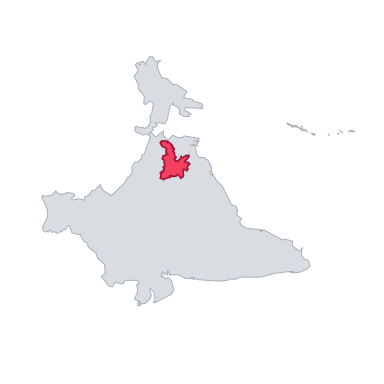 Jharkhand on a map of India (Natural Earth projection), rotated 283°
{"feature_id": "IND-3256", "entity_name": "Jharkhand", "entity_type": "State", "adm_level": 1, "iso_a3": "IND", "parent_name": "India", "parent_adm1": "", "projection": "natural_earth1", "projection_center": [85.779, 23.655], "detail": "fine", "context": "in_parent", "style": "filled", "palette": "rose", "viewbox_px": 384, "rotation_deg": 283, "n_neighbors": 0, "source": "natural_earth", "source_scale": "10m", "svg_char_len": 9200}
<svg xmlns="http://www.w3.org/2000/svg" viewBox="0 0 384 384"><g transform="rotate(283 192 192)"><path d="M69.2,164.6L74.0,163.6L74.6,160.0L83.2,161.5L89.1,159.0L90.9,160.8L93.7,159.2L90.8,146.3L87.6,145.9L86.3,143.9L86.9,137.8L81.6,135.5L82.0,131.6L89.6,122.5L92.7,125.7L101.8,123.1L106.0,115.1L110.8,112.3L115.0,103.2L118.6,101.6L119.5,98.1L125.8,92.0L124.8,90.5L125.3,84.1L131.8,80.1L131.1,78.5L126.6,77.3L126.5,74.6L124.0,74.5L123.6,72.2L121.2,70.2L122.5,67.0L121.2,64.9L123.5,62.6L120.7,61.3L121.3,59.7L119.9,58.2L121.4,55.4L124.2,54.3L135.7,57.0L143.0,54.6L153.0,46.9L155.0,47.1L154.7,49.4L157.1,55.9L162.3,59.0L160.3,61.9L160.8,67.1L163.4,70.4L164.0,77.2L161.5,78.6L159.8,76.2L157.2,77.0L159.9,82.7L159.9,89.1L162.9,88.3L166.0,92.4L171.4,94.5L171.7,96.7L178.5,100.8L173.4,105.2L170.5,114.3L185.3,124.1L192.2,126.0L192.6,127.6L197.3,129.1L204.0,127.9L208.3,129.8L208.9,132.4L213.6,135.4L216.3,134.5L218.2,136.9L236.7,139.1L238.1,135.6L236.6,131.5L237.9,123.3L241.5,121.8L243.4,122.7L243.0,127.6L244.2,129.7L242.9,131.1L246.4,134.7L251.5,135.9L256.4,134.0L259.7,135.2L270.3,134.3L270.9,129.9L266.8,127.2L267.1,125.2L274.7,124.0L280.5,116.4L284.7,115.4L291.8,109.5L298.2,112.2L303.5,108.1L306.2,110.1L304.3,111.8L304.5,113.4L306.9,112.1L308.2,115.0L305.8,118.6L308.5,118.1L314.6,120.5L314.8,123.4L311.0,126.9L313.0,131.7L309.9,129.5L305.3,130.2L296.6,136.9L296.7,142.6L292.2,149.9L293.4,152.6L288.7,164.4L281.9,162.5L282.3,172.0L280.6,173.0L280.6,181.1L278.6,183.5L277.0,182.1L275.8,183.6L272.8,166.4L270.1,166.4L267.6,173.5L266.0,171.3L265.0,172.3L263.7,167.4L265.3,162.3L269.6,161.2L271.5,159.1L272.5,154.3L274.5,153.7L270.9,151.4L257.4,151.5L252.3,150.1L252.1,143.6L250.8,140.8L249.8,142.9L248.3,142.9L245.3,138.8L243.7,140.4L239.9,137.3L240.5,139.2L237.5,144.1L244.8,150.5L240.7,151.2L237.0,156.9L243.0,160.4L241.7,166.5L243.0,170.7L244.8,171.4L245.9,186.9L244.3,186.0L243.3,187.6L242.4,182.2L241.9,186.9L239.4,185.9L238.0,187.1L238.6,182.0L236.4,179.6L238.3,182.2L236.5,185.2L229.3,188.5L227.3,191.1L228.3,196.5L226.4,200.4L223.2,203.5L222.1,203.1L221.8,204.7L216.4,206.7L215.8,204.7L213.6,206.1L213.0,207.7L215.2,207.4L209.5,212.4L203.8,220.8L188.8,232.9L187.9,238.3L183.7,240.6L179.6,240.6L176.9,246.4L174.1,245.0L171.0,246.9L168.9,253.3L171.0,269.3L169.7,267.0L168.9,268.1L171.3,270.5L165.6,291.2L166.9,292.3L166.8,301.1L162.2,301.8L159.0,308.7L159.7,311.1L163.0,312.5L159.3,311.7L154.5,313.4L152.5,315.5L151.3,320.6L146.6,323.7L142.7,321.3L138.3,315.4L136.3,309.9L135.7,305.1L137.5,309.0L136.6,305.2L131.3,290.7L124.7,278.6L120.1,259.1L116.5,253.3L115.6,247.4L114.2,246.9L111.4,239.3L107.9,217.3L109.1,213.5L108.8,212.2L107.6,214.0L107.3,212.9L107.5,210.7L109.0,210.9L107.3,210.0L106.3,205.3L108.5,196.8L106.3,189.8L107.3,188.8L106.2,188.8L110.6,185.9L105.7,186.5L107.1,183.7L105.6,183.7L105.9,181.8L108.1,181.1L102.8,180.7L103.5,182.5L101.4,185.2L103.2,188.2L101.1,191.9L92.6,196.2L88.0,195.1L75.5,180.5L76.3,179.0L78.1,180.5L85.9,177.6L88.7,172.4L81.6,175.7L78.0,174.8L73.0,171.4L71.3,167.5L74.4,164.7L69.7,167.3L69.2,164.6ZM278.0,288.9L276.4,285.5L278.6,282.0L279.1,270.6L280.8,268.7L279.3,274.8L280.3,278.8L279.2,279.9L278.0,288.9ZM287.8,332.2L287.9,337.1L286.4,334.4L287.8,332.2ZM276.2,298.8L275.0,298.9L274.9,296.8L276.2,295.3L276.2,298.8ZM283.9,324.3L283.8,325.7L283.5,324.4L283.9,324.3ZM285.2,322.3L284.8,324.2L284.9,322.2L285.2,322.3ZM286.7,330.4L286.2,331.9L285.8,331.3L286.7,330.4ZM278.9,312.7L278.1,312.8L278.5,312.0L278.9,312.7ZM277.8,289.6L276.9,290.4L277.3,289.2L277.8,289.6ZM280.5,283.9L280.9,285.3L280.0,284.2L280.5,283.9ZM281.8,322.0L281.2,321.7L281.5,321.0L281.8,322.0ZM278.0,274.7L277.6,276.2L277.8,274.6L278.0,274.7Z" fill="#d9dde1" stroke="#a8b0b8" stroke-width="1"/><path d="M197.5,161.8L197.7,161.1L198.1,160.5L198.2,160.0L198.5,159.5L198.4,159.4L198.1,158.8L198.0,158.4L198.0,158.2L198.4,157.9L199.2,157.8L200.5,158.1L201.0,158.1L201.3,157.8L201.5,157.7L201.8,157.8L202.6,157.7L202.8,157.4L203.0,157.2L203.2,156.8L203.3,156.7L203.5,156.9L203.7,157.5L204.0,158.3L204.3,158.4L204.4,158.0L204.5,158.1L204.6,158.4L204.8,158.2L204.8,157.9L205.0,157.9L205.4,158.0L205.5,157.8L205.8,158.1L205.8,158.4L205.7,158.6L206.2,159.3L206.8,159.7L206.9,160.0L207.2,160.1L207.5,160.1L207.6,159.9L207.7,159.6L207.9,159.4L208.1,159.2L208.3,159.3L208.6,159.4L208.9,158.8L209.8,158.2L210.0,158.2L210.1,158.3L210.1,158.8L210.4,158.7L210.5,158.8L210.6,159.4L210.8,159.6L211.2,159.7L211.4,159.6L211.7,159.4L212.2,159.2L212.3,159.2L212.3,159.3L212.2,159.7L212.3,159.7L212.9,159.2L212.9,158.9L213.0,158.8L213.8,158.5L213.9,158.3L214.7,158.1L214.8,158.0L215.2,158.1L215.6,158.0L215.9,158.1L216.0,158.1L216.2,157.9L216.4,157.7L216.8,157.6L217.0,157.6L217.1,157.4L217.1,157.1L217.0,156.6L217.3,156.5L217.4,156.3L217.4,156.0L217.5,155.7L217.7,155.4L217.8,155.4L218.5,155.4L218.7,155.5L219.2,156.1L219.6,156.1L220.1,155.7L220.3,155.6L220.3,156.0L220.7,156.1L220.8,156.2L220.9,156.4L221.0,157.2L221.1,157.4L221.3,157.6L221.6,157.6L221.9,157.5L222.2,157.6L222.4,157.6L222.5,157.8L222.5,158.1L222.5,158.3L222.3,158.6L222.3,158.8L223.0,159.2L223.5,159.6L223.7,159.8L223.8,159.7L223.9,159.2L224.1,159.0L224.1,158.7L224.1,158.3L224.9,157.5L225.1,157.5L225.5,157.7L225.9,157.7L226.1,157.5L226.2,157.3L226.3,157.3L226.6,157.4L226.8,157.6L227.5,157.8L227.5,157.5L227.7,157.2L228.1,157.1L228.5,157.3L228.8,157.2L228.8,156.9L229.0,156.4L229.0,156.1L229.1,155.7L229.0,155.3L229.4,154.6L229.4,153.4L229.5,153.1L229.7,152.8L230.0,152.5L230.2,152.4L230.6,152.4L230.8,151.6L230.9,151.3L230.9,151.2L231.2,151.2L231.4,151.1L231.8,151.3L232.0,151.2L232.1,150.8L232.2,150.6L232.3,150.4L232.4,150.2L232.8,149.8L233.2,150.0L233.4,150.4L233.9,150.5L234.1,150.6L234.5,150.5L234.9,150.7L235.0,150.9L235.0,151.1L234.9,151.3L234.9,152.1L235.5,152.7L235.6,153.0L235.8,153.7L235.8,154.2L235.7,154.6L235.6,155.2L235.4,155.1L235.2,155.3L235.3,155.4L235.6,155.6L235.8,155.9L235.8,156.2L236.0,156.4L236.0,156.5L235.8,156.7L235.7,156.8L236.0,156.9L235.9,157.2L235.6,157.3L235.4,157.3L235.0,157.1L234.9,157.1L234.7,157.2L234.8,157.3L235.1,157.4L235.1,157.8L235.2,158.1L235.0,158.5L235.0,158.8L235.0,159.0L234.6,159.8L234.5,160.0L234.3,160.2L234.0,160.4L233.8,160.5L233.7,160.6L233.7,160.9L233.9,160.9L233.9,161.0L234.0,161.2L234.0,161.3L233.9,161.4L233.4,161.4L233.3,161.8L233.3,162.0L233.2,162.1L232.8,161.8L232.6,161.8L232.6,162.6L232.3,163.0L232.2,163.0L231.8,163.0L231.3,163.2L231.2,163.1L231.1,162.8L231.0,162.6L230.4,162.8L230.5,163.2L230.6,163.4L230.8,163.5L230.8,163.8L230.8,164.1L230.5,164.2L230.5,164.7L230.3,164.8L230.2,164.5L229.7,164.4L229.6,164.5L229.8,164.8L229.9,165.0L229.5,165.2L229.1,165.1L228.7,164.8L228.6,164.6L228.3,164.6L227.6,164.2L227.4,164.1L227.2,164.4L227.0,164.7L226.9,164.8L226.8,165.1L226.9,165.5L226.7,166.0L226.4,166.1L225.4,166.3L224.6,166.6L223.9,166.9L223.4,167.1L223.2,167.3L222.9,167.6L222.8,168.2L222.3,168.7L221.9,168.8L221.5,168.5L221.0,168.3L221.0,168.2L221.1,167.7L220.8,167.5L220.3,167.2L220.1,167.2L220.0,167.4L220.0,167.5L220.1,168.0L218.7,168.3L218.5,168.5L218.6,169.0L219.0,169.0L219.0,169.4L219.0,169.7L218.7,170.2L218.6,170.4L218.5,170.7L218.6,170.9L218.9,171.2L219.0,171.7L219.5,171.5L219.8,171.5L220.0,171.6L220.2,171.8L221.2,173.0L221.5,173.2L221.8,173.1L222.2,173.1L222.6,173.2L223.8,173.3L224.3,173.4L224.2,173.5L223.7,173.7L223.5,174.0L223.5,174.3L223.4,174.6L223.3,175.3L223.4,175.5L223.8,175.9L224.2,175.9L224.4,176.0L225.0,176.5L225.0,177.0L225.2,177.3L225.4,177.4L225.9,177.5L226.3,177.8L226.4,178.1L226.3,178.3L226.1,178.3L226.1,178.7L226.2,178.8L226.5,179.0L226.8,179.9L227.2,180.4L227.1,180.5L226.5,180.5L226.5,180.9L226.4,181.0L226.2,180.9L225.8,181.2L225.5,181.0L225.1,180.7L224.2,180.0L223.7,180.1L223.4,180.2L223.1,180.1L222.8,179.8L222.6,179.4L222.4,179.3L220.9,178.4L220.5,177.9L220.3,177.8L220.2,177.9L220.0,178.2L219.7,178.2L219.5,178.4L219.5,178.7L219.8,179.3L219.9,180.0L219.9,180.4L219.7,180.8L219.9,181.4L219.9,181.5L219.8,182.1L219.8,182.4L219.3,183.2L218.9,183.5L218.6,183.6L218.2,183.3L218.1,183.2L218.1,182.7L218.3,182.3L218.3,182.2L218.2,182.1L217.8,182.4L217.3,182.6L216.2,182.3L215.3,181.8L215.0,181.8L214.2,182.1L213.5,183.1L213.4,183.1L213.1,182.8L212.3,182.3L211.9,182.2L211.5,182.3L211.4,182.3L211.4,182.1L211.8,181.2L212.3,180.5L212.4,180.1L212.4,179.4L212.2,178.9L212.1,178.3L211.4,178.8L211.0,178.9L210.8,179.1L210.7,179.1L209.8,178.9L209.5,178.9L209.4,179.0L209.2,179.1L207.4,179.2L207.3,179.3L207.3,179.5L207.2,179.7L206.6,180.1L205.7,180.1L205.0,179.8L204.5,179.7L204.3,179.5L204.1,179.1L203.6,178.4L203.1,178.0L202.8,178.0L203.0,177.5L203.2,177.3L203.5,177.0L204.0,176.9L204.7,176.3L204.8,176.2L205.0,175.5L205.2,175.3L205.9,174.7L206.0,174.5L206.0,174.4L205.9,173.8L205.8,173.6L205.7,173.5L205.4,173.3L204.9,173.4L204.3,173.1L204.3,173.4L204.2,173.4L204.0,173.2L203.8,172.5L203.4,172.1L203.3,171.8L203.2,171.4L203.3,171.0L203.4,170.2L203.3,169.7L203.2,169.4L202.7,169.7L202.6,169.4L202.7,168.5L203.1,167.9L203.2,167.7L203.0,167.3L203.0,166.8L202.8,166.8L202.4,167.0L202.4,167.5L201.8,167.4L201.3,167.4L201.0,167.3L200.9,167.0L200.7,166.5L200.7,166.3L200.8,165.8L200.6,165.2L199.3,163.8L199.2,163.6L199.1,163.2L199.1,162.7L199.0,162.4L198.5,162.0L197.9,161.9L197.5,161.8Z" fill="#f43f5e" stroke="#9f1239" stroke-width="1.5"/></g></svg>